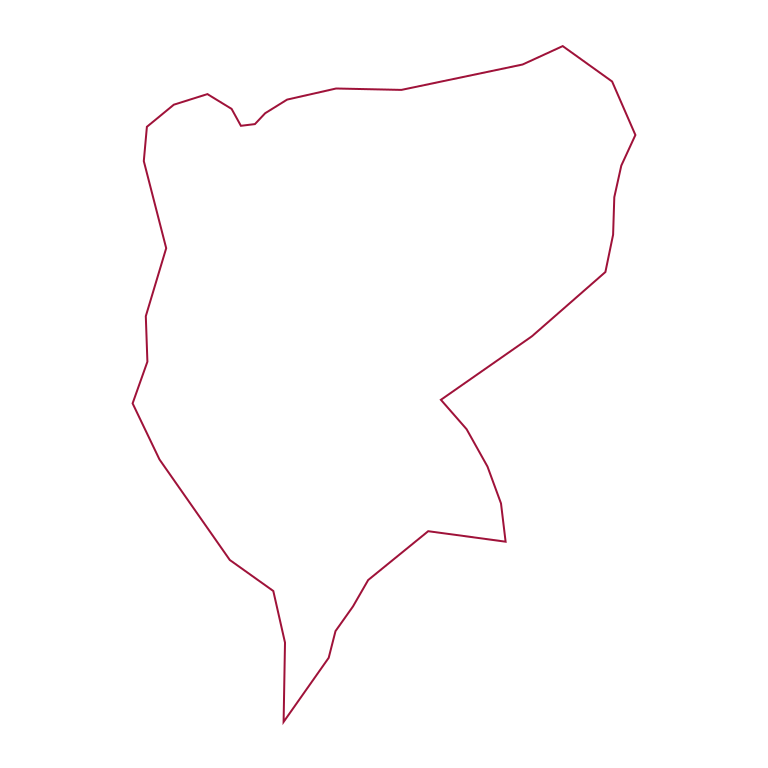 Mwaro, Robinson projection
{"feature_id": "BDI-5588", "entity_name": "Mwaro", "entity_type": "Province", "adm_level": 1, "iso_a3": "BDI", "parent_name": "Burundi", "parent_adm1": "", "projection": "robinson", "projection_center": [29.724, -3.536], "detail": "fine", "context": "isolated", "style": "outline", "palette": "rose", "viewbox_px": 768, "rotation_deg": 0, "n_neighbors": 0, "source": "natural_earth", "source_scale": "10m", "svg_char_len": 599}
<svg xmlns="http://www.w3.org/2000/svg" viewBox="0 0 768 768"><path d="M562.7,46.1L612.1,81.5L635.4,135.0L621.3,165.6L614.3,197.2L613.1,234.7L605.4,272.0L531.9,336.3L440.9,399.8L466.6,429.2L487.5,466.6L501.0,503.4L505.6,541.7L428.2,531.2L368.2,580.0L353.0,606.4L335.5,631.1L328.7,657.8L283.6,721.9L285.0,642.6L273.3,591.0L229.8,560.0L159.5,459.5L132.6,403.4L147.4,361.7L145.8,316.2L166.2,248.2L143.8,161.1L146.9,126.8L173.8,104.7L207.4,94.1L231.6,108.9L240.9,125.8L254.9,124.1L265.2,113.2L287.1,99.6L336.1,88.5L401.4,89.9L522.6,64.5L562.7,46.1Z" fill="none" stroke="#9f1239" stroke-width="2"/></svg>